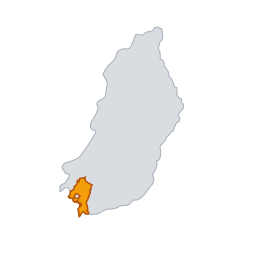 Hungary, with Vas highlighted, rotated 305°
{"feature_id": "HUN-3138", "entity_name": "Vas", "entity_type": "County", "adm_level": 1, "iso_a3": "HUN", "parent_name": "Hungary", "parent_adm1": "", "projection": "robinson", "projection_center": [16.563, 47.075], "detail": "fine", "context": "in_parent", "style": "filled", "palette": "amber", "viewbox_px": 256, "rotation_deg": 305, "n_neighbors": 0, "source": "natural_earth", "source_scale": "10m", "svg_char_len": 4550}
<svg xmlns="http://www.w3.org/2000/svg" viewBox="0 0 256 256"><g transform="rotate(305 128 128)"><path d="M206.3,81.2L209.1,80.9L209.2,81.0L209.9,81.2L210.4,82.9L210.5,83.0L211.2,84.2L211.9,85.7L212.9,86.8L215.1,87.3L218.0,88.7L219.9,91.4L222.8,92.5L223.0,92.5L223.5,92.4L225.5,92.3L225.9,92.8L227.6,94.1L228.2,95.3L227.9,96.5L228.3,97.9L228.9,98.3L228.2,99.3L223.1,103.9L221.1,105.1L219.8,105.4L217.6,104.9L215.4,105.2L213.5,106.2L211.7,106.5L210.4,107.7L208.7,110.2L206.6,112.4L204.4,113.7L203.3,114.9L203.3,118.9L202.1,120.1L200.5,121.3L199.6,122.3L197.3,128.6L195.4,130.6L193.6,132.1L193.4,133.5L193.5,135.1L191.5,138.3L188.9,141.6L188.4,142.9L189.1,144.8L186.5,146.9L185.1,147.9L183.8,148.4L183.1,149.7L181.9,152.9L182.3,154.3L182.3,155.7L180.2,156.4L179.6,157.9L179.1,159.7L178.2,160.5L175.7,162.0L169.6,161.4L167.3,161.9L166.7,162.9L166.5,163.8L165.8,164.6L164.4,165.6L163.0,166.1L159.8,164.8L153.0,166.1L151.8,167.0L150.9,166.4L149.4,165.8L142.6,165.0L139.9,165.6L136.3,165.4L132.9,164.7L130.4,165.3L128.3,167.8L127.2,168.7L126.3,169.2L124.5,170.0L122.9,171.0L120.8,171.6L119.0,171.6L117.2,170.5L116.5,170.7L116.0,171.7L115.0,172.6L112.4,173.6L111.7,173.6L109.6,174.4L106.2,174.8L104.5,174.5L101.5,178.0L100.6,178.7L97.7,179.8L95.3,180.3L93.3,179.9L92.5,179.8L83.4,179.6L78.7,178.9L75.6,177.5L73.6,176.0L72.6,174.3L70.3,173.3L66.6,172.9L63.7,171.2L61.6,168.2L58.8,165.8L55.3,164.1L52.5,161.6L50.4,158.4L46.7,155.5L41.4,153.0L39.8,152.4L39.5,151.6L36.8,148.4L35.7,147.2L35.8,145.6L35.3,144.7L34.4,144.1L33.8,141.8L33.6,140.1L32.8,139.1L27.1,138.8L31.9,134.8L34.3,133.6L37.0,133.8L37.9,133.5L38.1,132.9L38.6,131.6L38.8,130.3L39.1,129.1L38.8,128.5L37.5,128.3L36.8,125.4L37.5,124.3L38.2,123.5L37.3,120.0L37.6,118.8L39.7,118.6L41.5,117.9L43.0,117.0L43.4,115.9L44.6,113.7L43.5,111.0L37.3,109.2L37.0,108.5L38.4,107.8L39.9,106.7L40.8,105.8L42.0,105.7L43.7,106.1L46.7,108.1L47.8,108.4L48.9,107.8L50.1,107.7L53.4,107.8L56.2,107.3L55.5,105.2L55.5,103.7L55.1,102.5L55.4,101.1L56.5,100.1L56.8,97.7L58.5,96.2L59.4,95.9L62.4,96.2L63.1,96.6L63.6,96.7L68.5,100.6L73.1,103.5L76.9,105.0L82.4,105.1L88.3,105.2L98.1,104.7L105.5,104.3L106.0,103.6L107.1,101.9L106.2,100.4L106.2,98.6L107.4,96.4L111.0,94.5L121.5,93.7L127.4,92.2L128.3,90.3L130.3,88.4L132.1,88.0L134.6,88.9L137.6,90.6L140.2,91.5L141.8,90.9L147.0,88.1L153.0,85.3L157.1,77.9L157.5,76.7L162.0,75.9L168.6,76.0L172.1,77.0L174.6,77.5L178.4,77.3L183.9,75.7L186.0,75.8L187.6,76.9L189.3,77.9L190.5,79.1L191.4,80.8L191.9,81.4L192.7,82.2L194.2,83.4L195.5,83.8L205.7,81.7L206.3,81.2Z" fill="#d9dde1" stroke="#a8b0b8" stroke-width="1"/><path d="M38.8,119.1L42.0,117.8L43.1,117.1L43.5,117.5L43.9,117.8L45.5,118.1L46.3,118.8L47.1,118.7L49.4,117.5L50.1,118.0L52.5,118.3L55.7,116.8L56.5,116.9L56.2,117.7L55.9,118.7L58.8,117.4L59.5,117.9L60.2,118.8L61.6,120.3L63.2,121.2L61.3,122.0L61.0,122.2L61.0,122.8L60.8,123.2L60.4,123.5L60.1,124.5L60.3,125.5L60.2,127.3L60.8,131.2L57.2,132.0L56.3,133.0L56.0,132.9L55.7,132.9L55.5,132.7L55.4,132.4L54.7,132.4L54.3,133.0L54.4,133.4L54.1,133.8L52.9,134.5L51.5,134.7L50.8,134.6L49.4,134.9L49.1,135.6L48.5,135.6L47.8,135.4L46.8,136.0L43.8,136.2L42.7,136.7L42.2,137.4L41.8,138.2L41.3,138.9L39.9,140.0L39.3,141.0L38.1,141.7L36.6,141.7L36.9,143.0L35.4,144.9L35.3,145.1L35.0,145.0L35.0,144.3L34.6,144.4L34.3,144.1L34.1,143.7L33.7,143.3L33.3,142.2L33.2,142.1L33.3,142.0L33.4,141.7L33.6,141.3L33.7,141.1L34.0,140.7L34.1,140.2L34.2,139.9L34.1,139.7L33.6,139.7L33.4,139.6L33.2,139.4L32.8,139.0L32.5,138.8L29.7,139.0L28.4,139.1L28.2,139.1L27.1,138.8L27.6,138.7L28.0,138.3L29.1,137.1L29.4,136.8L30.2,136.3L30.8,136.1L31.0,135.9L31.2,135.7L31.2,135.4L31.2,135.2L31.3,135.0L31.6,134.8L31.9,134.7L32.1,134.5L32.3,134.0L32.6,133.6L33.0,133.5L34.1,133.7L35.3,133.6L35.9,133.6L36.4,134.0L36.6,134.1L36.8,134.1L37.0,134.0L37.5,133.9L38.3,133.9L38.9,133.8L38.7,133.4L38.3,133.0L37.9,132.9L37.0,132.8L37.4,132.5L38.7,132.1L39.1,131.9L39.2,131.7L38.8,131.3L38.1,131.2L37.9,130.7L38.1,130.1L38.8,129.8L39.4,129.0L39.6,128.6L39.2,128.1L38.7,128.1L37.7,128.5L37.3,128.3L37.3,128.1L37.6,127.4L37.6,127.1L37.4,126.9L37.1,126.8L36.9,126.9L36.7,126.7L36.6,126.1L37.0,125.3L36.9,124.6L37.9,124.2L38.3,123.9L38.5,123.4L38.4,122.8L37.5,121.2L37.4,121.1L37.1,121.0L37.0,120.8L37.1,120.6L37.3,120.4L37.3,118.9L37.6,118.4L38.0,118.3L38.4,118.6L38.8,119.1ZM44.0,123.0L43.3,122.9L41.4,123.4L41.0,123.2L40.2,123.2L40.1,123.6L40.4,124.6L40.8,125.9L41.4,127.6L42.3,128.2L43.2,127.5L43.9,127.6L44.7,127.8L44.7,126.6L45.0,125.8L45.2,124.8L44.5,123.0L44.0,123.0Z" fill="#f59e0b" stroke="#b45309" stroke-width="1.5"/></g></svg>